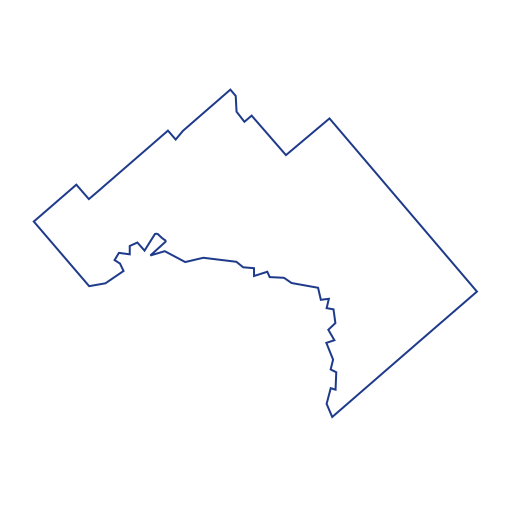 the district of Riley, Kansas, United States of America, rotated 139°
{"feature_id": "52423323B78977579419927", "entity_name": "Riley", "entity_type": "district", "adm_level": 2, "iso_a3": "USA", "parent_name": "United States of America", "parent_adm1": "Kansas", "projection": "orthographic", "projection_center": [-96.639, 39.305], "detail": "fine", "context": "isolated", "style": "outline", "palette": "blue", "viewbox_px": 512, "rotation_deg": 139, "n_neighbors": 0, "source": "geoboundaries", "source_scale": "gbopen_adm2", "svg_char_len": 964}
<svg xmlns="http://www.w3.org/2000/svg" viewBox="0 0 512 512"><g transform="rotate(139 256 256)"><path d="M112.6,84.2L110.3,311.6L167.2,312.5L167.2,364.8L176.7,364.9L176.0,377.7L166.3,390.1L166.2,398.4L178.9,398.4L229.0,398.4L240.2,396.6L240.2,408.4L253.8,408.4L335.3,408.5L344.8,408.6L344.8,427.7L401.1,427.8L401.7,342.7L387.6,334.2L365.8,331.6L363.6,339.5L365.4,345.7L357.4,348.3L350.2,340.1L344.7,346.4L336.7,344.0L336.6,333.2L317.8,338.9L316.6,338.2L315.7,336.9L315.2,331.5L314.6,328.7L314.2,327.5L314.4,326.5L315.0,326.1L316.4,326.1L335.4,325.7L321.7,319.5L313.4,297.9L296.9,289.2L274.6,264.5L273.1,255.9L265.5,248.1L270.6,242.2L257.8,236.7L259.5,231.1L249.2,221.2L246.9,212.3L230.0,191.3L235.8,180.4L229.1,175.9L236.9,170.3L232.5,164.9L240.1,153.3L249.8,152.9L252.1,141.0L259.9,144.3L265.8,127.2L274.1,121.4L271.7,115.6L283.7,102.9L286.3,107.2L299.7,98.1L304.1,84.5L303.6,84.5L189.6,84.4L112.6,84.2Z" fill="none" stroke="#1e3a8a" stroke-width="2"/></g></svg>